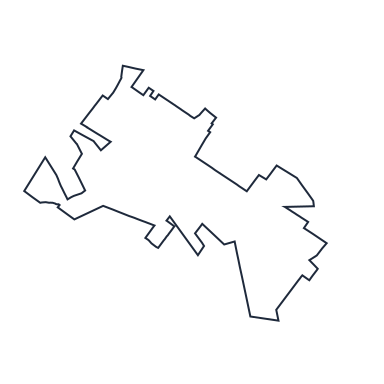 the district of Telchac Pueblo, Yucatán, Mexico, rotated 119°
{"feature_id": "50627088B2648172559689", "entity_name": "Telchac Pueblo", "entity_type": "district", "adm_level": 2, "iso_a3": "MEX", "parent_name": "Mexico", "parent_adm1": "Yucatán", "projection": "natural_earth1", "projection_center": [-89.256, 21.219], "detail": "fine", "context": "isolated", "style": "outline", "palette": "slate", "viewbox_px": 384, "rotation_deg": 119, "n_neighbors": 0, "source": "geoboundaries", "source_scale": "gbopen_adm2", "svg_char_len": 3206}
<svg xmlns="http://www.w3.org/2000/svg" viewBox="0 0 384 384"><g transform="rotate(119 192 192)"><path d="M212.3,46.6L208.6,46.2L206.2,45.9L203.6,45.5L198.7,44.8L198.2,44.8L196.5,50.3L196.0,52.0L194.7,56.3L187.0,52.1L178.2,50.8L171.5,49.4L171.4,50.5L170.0,66.4L169.3,76.6L161.9,75.9L161.7,78.8L161.5,81.9L161.4,83.8L161.2,85.7L161.1,87.7L161.0,89.6L160.8,91.6L160.6,95.3L160.4,97.2L160.3,99.2L160.2,101.1L160.0,103.1L160.0,103.5L146.6,80.6L145.4,78.5L142.3,80.7L141.0,81.7L139.9,83.9L136.7,90.6L136.2,91.7L132.8,99.0L129.7,105.4L128.9,107.1L127.8,130.8L134.3,131.7L138.9,132.3L145.0,133.2L144.7,141.7L151.0,142.6L164.4,144.4L164.5,144.4L164.6,144.5L164.8,144.5L164.7,145.9L164.3,150.6L164.1,153.5L163.7,156.4L163.2,162.8L161.7,182.4L161.4,184.7L161.2,186.2L160.7,192.2L159.6,206.0L159.6,206.5L157.5,206.4L145.9,206.2L142.9,206.1L138.6,206.0L130.9,205.1L130.7,207.6L122.7,206.6L122.5,208.1L115.3,207.0L114.5,211.8L114.1,214.3L113.1,219.0L112.6,221.0L118.2,222.3L119.6,222.6L121.2,222.9L121.5,223.1L121.8,223.3L123.9,224.4L126.5,225.8L126.3,229.8L126.3,230.2L125.9,232.5L125.5,237.6L125.2,241.1L125.1,241.5L124.6,247.3L124.4,248.9L124.3,250.4L122.8,268.4L128.9,269.1L128.3,275.2L122.3,274.7L121.8,280.4L130.9,281.5L130.6,284.9L130.3,287.8L129.6,294.3L129.5,295.8L109.0,293.6L111.4,301.1L112.2,303.9L113.6,308.8L115.1,313.7L120.0,311.9L125.6,309.7L126.2,309.1L126.9,309.0L127.1,309.0L129.5,309.0L134.3,308.9L135.2,308.9L138.2,308.9L143.5,309.1L143.9,309.2L144.4,309.3L151.5,310.6L151.1,314.6L150.9,316.9L161.6,318.5L164.5,319.0L164.8,319.0L167.7,319.4L172.0,320.1L186.0,322.2L186.2,315.4L186.2,315.2L186.4,315.2L186.5,312.0L186.8,306.1L187.0,301.5L187.0,300.7L187.3,294.1L187.4,292.2L187.5,289.0L187.5,287.5L199.7,291.9L195.7,301.6L195.2,302.7L195.3,315.6L195.3,315.8L195.3,325.0L195.6,325.0L195.9,325.0L200.3,325.2L202.2,325.3L205.8,316.4L205.8,316.0L212.0,306.8L221.0,307.2L225.1,307.3L229.1,307.4L229.2,305.5L234.2,298.1L242.3,286.5L242.5,286.2L246.7,288.0L252.6,293.4L255.0,295.1L258.3,297.0L258.8,297.3L257.5,299.1L254.6,303.4L252.0,307.1L250.8,308.9L250.7,309.1L249.4,310.8L247.4,313.3L245.4,315.6L242.9,318.9L232.8,337.2L272.5,339.2L273.9,329.0L275.0,319.5L273.9,318.2L271.8,315.0L270.7,311.8L270.0,310.7L269.0,308.7L268.7,307.3L268.4,305.9L268.5,305.1L268.0,303.7L267.4,302.7L267.6,301.5L270.5,302.0L272.1,289.2L273.0,281.6L270.9,280.1L263.0,274.4L247.2,263.0L245.7,252.5L245.0,246.8L244.6,243.8L243.5,235.3L243.0,232.6L242.5,229.6L242.3,227.9L242.0,225.7L241.7,223.6L241.3,220.9L240.9,218.5L240.6,216.3L240.6,216.2L240.2,213.7L239.9,211.4L239.6,209.2L239.5,208.6L241.6,208.9L252.3,210.2L254.8,210.5L255.1,206.9L255.4,205.8L256.5,202.8L256.6,202.4L257.0,199.6L257.4,196.8L257.3,194.5L247.5,193.2L246.9,193.0L243.0,192.6L241.7,192.2L239.6,192.0L235.4,191.4L230.6,190.8L230.0,195.4L229.7,197.7L229.4,200.1L229.4,200.4L224.1,199.6L239.9,165.8L244.4,156.2L243.1,156.1L233.4,155.3L231.5,158.7L226.7,169.3L217.5,167.9L214.9,167.6L216.5,161.2L222.3,138.4L214.6,130.7L215.2,130.2L217.1,128.6L223.7,123.0L229.1,118.3L234.4,113.8L241.9,107.2L257.1,94.0L272.6,80.6L262.6,54.0L254.2,61.2L216.7,56.0L216.6,55.9L213.4,55.5L211.4,55.1L212.2,47.9L212.3,46.6Z" fill="none" stroke="#1e293b" stroke-width="2"/></g></svg>